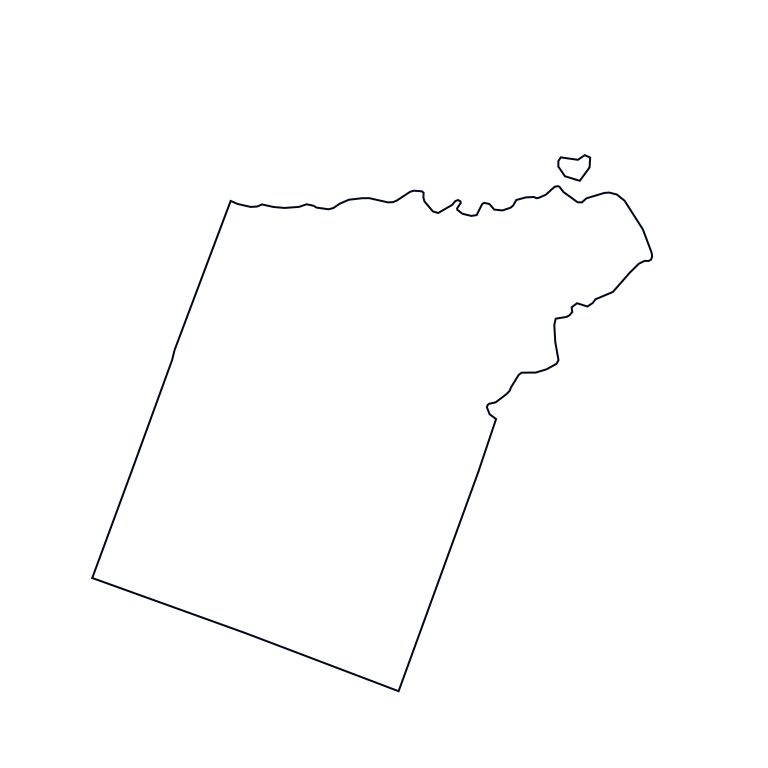 Bayfield, Wisconsin, United States of America, rotated 20°
{"feature_id": "52423323B38033489940557", "entity_name": "Bayfield", "entity_type": "district", "adm_level": 2, "iso_a3": "USA", "parent_name": "United States of America", "parent_adm1": "Wisconsin", "projection": "equal_earth", "projection_center": [-91.063, 46.578], "detail": "fine", "context": "isolated", "style": "outline", "palette": "ink", "viewbox_px": 768, "rotation_deg": 20, "n_neighbors": 0, "source": "geoboundaries", "source_scale": "gbopen_adm2", "svg_char_len": 1546}
<svg xmlns="http://www.w3.org/2000/svg" viewBox="0 0 768 768"><g transform="rotate(20 384 384)"><path d="M502.8,667.7L502.7,434.2L501.3,378.6L493.6,376.3L488.6,370.6L488.6,368.2L489.6,366.6L495.2,363.0L502.6,351.5L504.4,347.4L504.5,343.6L507.4,329.5L509.4,326.3L522.6,321.4L531.6,314.7L539.2,306.0L539.8,301.9L530.6,286.0L523.8,270.2L523.0,263.9L532.6,258.5L534.8,256.0L536.3,252.1L534.1,247.7L537.8,242.1L548.6,241.6L552.5,236.4L553.7,232.1L567.6,219.2L576.9,195.3L582.4,183.7L586.9,179.1L590.4,178.0L592.4,175.9L592.4,172.5L590.5,169.0L574.4,150.2L547.4,129.5L538.0,126.3L530.1,127.1L525.7,129.1L510.7,140.3L507.9,145.6L503.8,147.0L486.9,142.2L481.5,138.7L479.7,138.6L476.9,140.3L471.3,150.8L465.8,156.1L463.9,157.2L460.6,157.1L453.4,160.2L445.4,165.8L444.3,172.2L442.6,175.1L435.9,180.4L428.0,182.4L421.4,178.8L416.2,179.5L414.7,181.3L413.3,193.6L408.6,196.2L399.5,197.2L393.4,195.3L392.6,194.0L394.2,187.7L393.5,186.3L390.7,185.8L388.5,187.7L386.7,192.5L376.4,204.8L370.9,205.1L359.6,198.6L357.3,195.4L355.8,190.7L353.6,190.0L345.8,192.2L342.7,194.6L333.3,207.2L330.2,210.1L325.5,212.0L306.6,214.4L300.1,216.8L287.9,222.9L280.7,229.8L276.2,236.0L272.1,238.8L260.3,241.3L256.8,240.6L249.8,241.6L243.6,246.6L230.3,252.6L219.4,255.5L207.9,257.0L204.1,260.6L198.2,263.2L184.7,264.9L177.3,264.4L175.6,423.8L176.7,434.1L176.7,549.1L176.2,666.1L339.3,665.5L502.8,667.7ZM472.6,110.6L471.6,114.9L473.5,120.1L483.0,126.9L498.5,126.1L503.1,110.2L500.3,100.7L494.4,100.3L489.5,107.0L472.6,110.6Z" fill="none" stroke="#020617" stroke-width="2"/></g></svg>